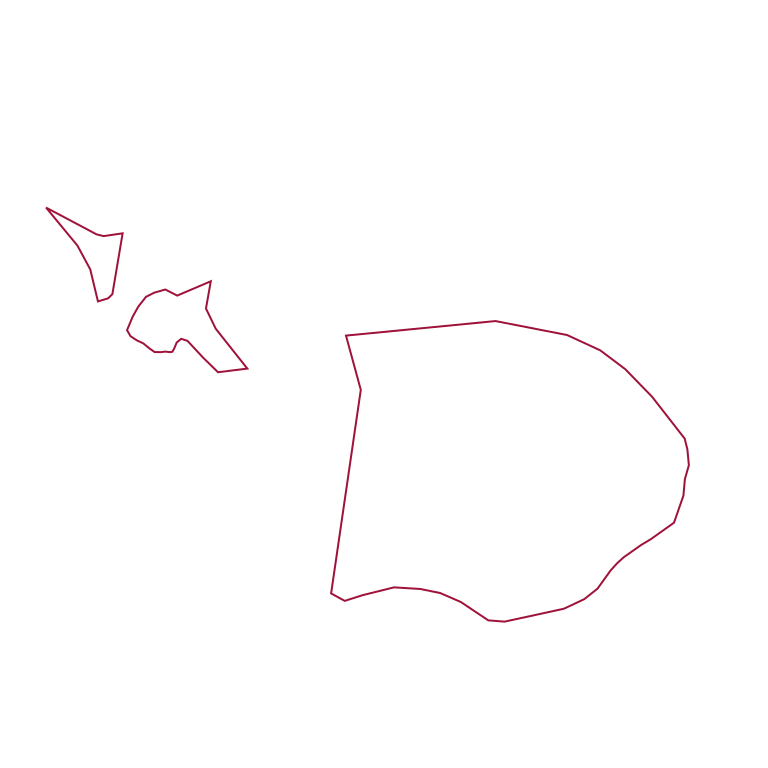 Appenzell Innerrhoden, orthographic projection, rotated 253°
{"feature_id": "CHE-3473", "entity_name": "Appenzell Innerrhoden", "entity_type": "Canton", "adm_level": 1, "iso_a3": "CHE", "parent_name": "Switzerland", "parent_adm1": "", "projection": "orthographic", "projection_center": [9.457, 47.345], "detail": "fine", "context": "isolated", "style": "outline", "palette": "rose", "viewbox_px": 768, "rotation_deg": 253, "n_neighbors": 0, "source": "natural_earth", "source_scale": "10m", "svg_char_len": 984}
<svg xmlns="http://www.w3.org/2000/svg" viewBox="0 0 768 768"><g transform="rotate(253 384 384)"><path d="M441.4,361.8L411.6,509.0L377.3,573.4L353.0,600.6L327.7,619.0L293.5,636.6L243.8,655.6L232.7,655.0L217.2,651.8L205.0,643.9L189.7,637.7L166.6,620.8L157.6,593.8L154.9,582.9L148.2,562.5L144.4,554.5L139.5,546.3L125.9,528.4L119.7,512.6L116.5,490.4L121.5,429.8L127.5,414.6L153.1,393.7L167.6,376.7L177.4,358.7L186.6,334.1L188.3,301.9L188.1,283.0L199.2,272.2L385.2,360.1L441.4,361.8ZM532.9,248.4L508.2,235.8L485.9,239.3L438.7,257.8L443.8,228.7L462.1,218.7L482.7,208.7L486.5,203.3L484.3,197.9L479.1,193.6L476.7,191.0L477.0,188.7L478.9,184.4L479.7,180.0L481.6,174.0L486.2,170.4L493.2,165.7L498.1,160.3L503.8,155.6L510.6,154.0L521.7,163.2L529.8,171.6L536.9,181.8L538.5,190.9L538.3,202.5L529.0,212.1L532.9,248.4ZM651.5,112.4L611.2,152.8L607.4,159.1L604.5,178.1L549.3,150.5L546.6,145.2L546.6,134.6L579.5,136.6L606.0,131.3L651.5,112.4Z" fill="none" stroke="#9f1239" stroke-width="2"/></g></svg>